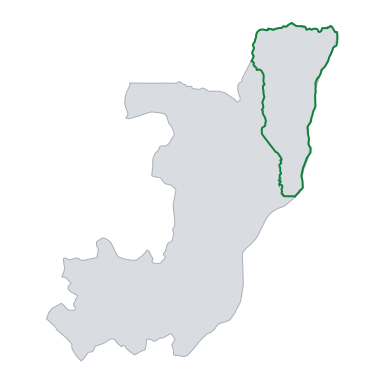 Likouala highlighted on a map of Republic of the Congo
{"feature_id": "COG-2838", "entity_name": "Likouala", "entity_type": "Region", "adm_level": 1, "iso_a3": "COG", "parent_name": "Republic of the Congo", "parent_adm1": "", "projection": "orthographic", "projection_center": [17.352, 1.476], "detail": "fine", "context": "in_parent", "style": "outline", "palette": "green", "viewbox_px": 384, "rotation_deg": 0, "n_neighbors": 0, "source": "natural_earth", "source_scale": "10m", "svg_char_len": 8209}
<svg xmlns="http://www.w3.org/2000/svg" viewBox="0 0 384 384"><path d="M46.5,318.8L48.8,312.8L50.5,310.1L52.6,308.2L60.9,303.5L62.1,303.7L67.9,309.8L69.8,310.3L71.8,310.1L74.2,310.4L75.4,309.2L75.6,307.6L73.8,305.9L73.6,304.0L74.8,301.9L75.5,299.7L77.2,297.0L77.4,295.7L75.5,294.4L71.6,292.3L68.9,290.2L67.9,288.3L68.6,285.8L70.8,283.8L70.6,282.7L68.7,280.9L67.3,279.0L65.9,277.8L62.0,277.0L62.7,274.4L64.2,270.6L64.5,267.7L63.4,260.0L63.5,258.6L64.5,257.9L66.9,258.7L69.2,259.9L75.6,258.2L77.9,258.0L79.7,259.5L82.3,260.6L97.1,257.5L97.3,254.2L98.2,251.2L98.3,249.0L97.7,247.6L96.9,246.5L96.5,244.3L96.5,241.9L97.9,240.8L102.6,237.9L104.0,238.1L107.4,239.6L110.5,242.0L113.2,247.1L115.1,251.5L118.2,256.9L124.6,259.0L132.3,260.4L136.5,260.1L142.5,255.5L145.8,252.0L146.9,250.1L148.9,251.1L151.1,255.8L152.5,257.6L152.9,259.3L151.9,261.4L152.9,262.8L157.0,263.8L160.7,262.9L162.3,261.0L165.0,258.5L165.0,256.4L163.6,255.1L163.6,253.2L165.1,251.8L166.5,247.8L167.0,244.8L168.4,243.0L171.1,241.7L172.1,240.5L173.6,233.6L172.8,231.1L172.8,229.0L174.5,226.4L174.9,222.0L173.1,204.9L175.8,191.1L175.6,189.4L173.6,187.3L171.3,185.3L165.2,183.7L162.9,181.2L161.1,178.5L159.8,177.6L153.2,176.5L151.7,175.0L152.3,170.6L152.9,164.2L152.7,159.7L153.9,156.0L155.2,153.3L158.1,150.5L159.7,147.1L160.5,146.2L166.1,145.7L168.1,144.3L169.7,142.8L170.4,140.9L172.3,137.7L174.0,135.6L174.2,134.1L173.8,132.1L172.2,128.1L170.1,124.7L168.9,123.5L166.5,115.7L164.2,113.8L159.7,112.8L151.4,111.9L146.4,113.3L138.7,116.0L129.0,118.8L126.8,118.5L125.8,117.3L127.2,116.3L128.0,113.9L127.0,110.5L125.6,107.4L124.7,103.0L125.1,97.5L126.6,92.4L129.7,85.7L129.8,83.0L148.4,83.2L168.4,83.1L176.0,83.3L179.7,81.6L183.2,84.2L184.9,84.8L185.5,84.6L186.8,86.5L191.2,86.3L191.9,86.7L192.2,88.9L196.3,88.8L198.3,89.4L199.9,89.3L202.2,88.0L203.9,88.4L207.0,90.1L209.2,91.5L212.2,91.1L219.3,91.3L224.8,92.7L230.3,96.5L233.9,98.7L237.2,102.0L238.4,101.4L240.1,100.1L240.1,97.4L238.3,92.6L237.6,88.6L238.0,85.3L239.4,82.9L241.7,81.5L242.0,78.9L253.1,57.1L252.7,54.6L253.0,50.8L253.5,46.6L253.4,44.1L254.2,42.4L257.1,32.6L258.6,30.9L261.1,29.8L264.6,29.7L273.8,28.9L282.4,27.3L285.3,26.6L290.7,24.0L292.8,23.9L294.6,24.9L305.0,27.9L307.9,29.0L308.9,28.9L310.5,29.1L312.9,29.2L315.3,28.8L316.8,29.1L318.8,31.1L320.1,30.9L321.7,29.5L324.9,28.0L330.9,26.3L331.9,27.1L334.0,30.7L336.2,32.0L336.7,38.7L331.6,53.5L320.8,73.3L315.4,88.9L315.4,100.3L314.8,107.5L313.0,111.9L308.8,123.7L308.1,133.9L309.7,146.3L308.2,158.1L303.8,169.2L301.9,178.0L303.0,188.5L294.8,197.3L284.5,206.0L277.9,208.5L272.7,211.5L269.0,214.8L265.2,220.6L259.0,233.2L255.9,238.7L251.7,243.3L245.5,249.0L243.2,251.7L242.3,255.7L242.7,262.9L243.3,284.8L240.6,301.6L234.6,313.3L230.0,319.8L225.4,321.8L219.5,323.5L216.6,325.8L214.8,329.0L211.5,331.8L206.6,334.2L200.4,340.2L192.9,349.6L187.8,355.0L185.0,356.4L182.1,356.5L179.2,355.4L176.7,355.2L175.5,355.8L173.5,354.4L173.5,352.3L173.2,348.7L171.7,344.9L174.9,339.7L174.7,338.5L173.1,336.6L171.4,333.9L169.7,334.1L166.3,336.1L162.7,337.8L159.3,338.4L155.3,341.0L153.0,341.0L151.7,340.0L148.9,339.0L147.4,339.4L146.6,339.8L145.9,346.2L145.4,348.9L144.4,350.2L140.3,351.5L137.4,353.4L135.0,354.6L133.5,354.3L127.4,349.5L124.2,345.6L122.3,345.5L121.7,346.8L120.8,346.2L117.8,343.6L114.3,339.4L113.0,338.8L111.1,338.9L108.0,340.4L105.0,342.7L99.6,344.9L95.1,346.1L94.7,347.6L93.7,350.2L92.2,351.8L88.2,352.3L86.8,354.5L83.4,359.0L81.1,361.0L80.5,360.1L79.1,359.0L76.2,355.6L73.4,351.3L72.6,349.4L71.9,348.3L71.7,344.0L67.4,338.9L56.8,329.8L55.6,327.1L46.5,318.8Z" fill="#d9dde1" stroke="#a8b0b8" stroke-width="1"/><path d="M336.8,32.0L337.2,33.1L337.5,38.0L337.0,43.6L336.7,44.5L336.6,44.9L336.3,45.6L335.7,46.1L334.4,46.8L333.6,47.3L333.1,48.0L331.8,51.9L331.2,52.8L331.0,53.2L330.9,54.1L330.7,54.5L330.0,55.5L329.1,57.5L328.9,58.0L328.8,59.0L327.8,61.7L324.9,66.7L324.7,67.0L324.3,67.2L322.1,69.3L321.6,69.9L321.3,70.5L320.9,72.8L320.6,73.6L320.3,74.3L319.9,75.0L319.3,76.4L318.9,76.9L318.3,77.1L318.1,77.5L317.2,78.7L316.9,79.1L315.4,83.2L315.4,83.8L315.6,85.0L315.7,86.2L315.5,89.9L315.7,91.7L315.7,92.3L315.6,93.0L315.2,94.2L315.1,94.9L315.4,106.1L315.3,106.9L313.0,111.9L312.8,112.7L312.7,114.1L311.3,118.4L311.1,120.9L310.9,121.6L309.3,124.3L308.4,125.3L307.6,126.8L307.4,127.7L307.8,130.4L307.8,133.4L309.0,138.4L309.0,139.5L308.4,142.5L308.4,143.6L308.7,144.5L309.4,146.4L310.0,146.7L310.4,147.3L310.6,148.1L310.7,148.7L310.5,152.5L310.2,153.1L306.9,157.8L303.8,166.2L303.1,167.5L301.6,174.8L301.4,175.8L301.5,176.7L302.5,180.6L302.8,187.5L302.5,187.9L302.0,188.7L299.5,191.0L299.3,191.3L299.1,191.6L299.1,192.1L299.0,192.3L298.9,192.4L298.4,192.8L297.9,193.3L297.1,193.9L294.9,196.6L294.4,196.3L284.6,196.2L283.9,196.1L283.5,195.9L283.1,195.5L283.0,194.8L283.0,194.5L282.8,194.5L282.5,194.2L282.2,194.0L281.8,193.9L281.6,192.5L281.6,192.1L282.1,191.3L282.0,190.8L281.5,189.2L281.5,188.9L282.3,187.2L282.4,186.3L282.1,185.6L281.6,185.0L280.8,184.5L280.0,184.4L279.6,185.2L279.1,184.3L279.4,183.3L280.7,181.4L280.0,180.9L279.2,180.7L278.9,180.4L280.3,178.7L280.3,178.4L279.7,178.3L279.6,178.0L279.7,175.0L279.9,174.5L280.5,174.3L281.0,173.9L280.9,173.0L280.4,171.6L280.2,170.9L280.2,168.3L280.0,167.5L279.4,165.7L279.4,164.9L279.6,164.4L280.0,164.2L280.4,164.0L280.8,163.7L281.1,163.3L281.2,163.0L281.0,162.6L280.9,161.7L280.4,160.8L280.4,160.4L280.6,160.0L280.9,160.0L281.2,160.1L281.5,159.9L281.6,159.5L281.6,159.2L280.6,157.2L277.8,153.2L277.3,152.6L275.6,151.9L262.7,135.1L262.3,134.4L262.0,133.8L261.8,132.7L261.8,128.8L261.9,128.3L262.1,128.0L262.6,127.5L262.9,127.2L263.2,127.0L264.1,126.6L264.6,126.2L264.9,126.0L265.1,125.7L265.2,125.4L265.3,125.1L265.3,123.1L265.4,122.5L265.6,122.1L265.8,121.8L265.9,121.2L265.8,120.5L264.9,117.1L264.6,116.6L264.3,116.3L264.0,116.0L263.8,115.7L263.6,115.1L262.7,112.8L262.6,112.3L262.7,111.7L262.8,111.3L262.8,110.9L262.7,110.6L262.1,110.2L262.0,109.9L262.1,109.5L262.2,109.2L262.4,108.9L263.0,108.2L263.2,107.9L263.3,107.6L263.3,107.2L262.8,103.9L262.4,103.0L262.3,102.6L262.4,102.1L262.7,101.5L264.2,97.3L264.3,97.0L264.3,96.5L264.0,95.7L263.5,93.7L263.4,93.4L263.4,93.1L263.6,92.3L263.4,90.7L263.2,89.8L262.9,87.4L262.9,86.8L263.0,86.1L263.1,85.8L263.3,85.5L263.5,85.3L264.1,85.1L264.3,84.9L264.4,84.7L264.4,84.4L264.3,83.6L263.9,83.1L263.5,81.9L263.4,80.0L263.7,77.5L263.6,76.3L263.6,75.3L263.6,74.9L263.4,74.3L261.5,71.0L261.3,70.7L261.0,70.4L260.3,70.0L258.9,69.5L258.6,69.5L258.3,69.6L257.4,70.0L257.1,70.0L256.9,70.0L256.7,69.9L256.6,69.7L256.6,68.6L256.5,68.3L256.3,67.9L254.9,66.4L254.6,66.1L254.3,65.9L254.2,65.9L253.9,65.7L253.7,65.3L253.6,64.6L253.6,64.2L253.8,63.9L253.9,63.5L253.8,63.2L253.5,62.6L253.1,61.9L252.0,61.4L251.5,61.2L252.4,59.3L253.5,56.9L253.7,56.0L253.3,55.3L252.8,54.7L252.3,53.9L252.2,52.2L253.7,49.3L254.0,47.9L253.7,47.1L253.3,46.3L252.9,45.4L253.0,44.5L253.4,43.6L254.8,41.7L255.0,40.9L255.0,39.9L256.0,37.5L256.3,34.2L257.0,32.5L258.1,31.1L259.7,30.0L261.6,29.5L262.5,29.4L263.2,29.5L266.4,30.3L267.2,30.2L268.0,29.9L268.1,29.5L268.0,29.1L268.0,28.8L268.6,28.7L269.0,28.8L269.7,29.1L270.0,29.2L271.1,29.0L271.5,29.1L271.9,29.3L272.2,29.6L272.5,29.8L273.0,29.7L273.3,29.6L273.8,29.7L274.1,29.6L274.4,29.5L274.8,29.1L275.1,28.9L275.8,28.6L276.1,28.6L277.2,28.6L277.7,28.5L278.7,28.1L279.3,28.0L280.8,28.0L281.4,28.0L282.0,27.7L282.4,27.3L282.7,26.9L283.2,26.4L283.8,26.2L284.3,26.3L285.3,26.6L286.7,26.5L287.5,25.8L288.3,24.8L289.8,24.0L290.3,23.7L290.9,23.3L291.5,23.0L292.4,23.2L292.6,23.4L292.7,23.9L292.9,24.0L293.5,24.1L295.1,25.4L296.5,26.0L298.1,26.2L301.2,26.2L301.5,26.2L301.9,26.0L302.2,26.0L302.4,26.1L302.8,26.5L303.1,26.7L303.4,26.7L304.2,26.5L304.5,26.6L305.1,26.9L305.6,27.5L306.0,28.2L306.1,29.0L306.4,29.6L307.0,29.7L307.7,29.5L309.2,28.7L309.4,28.6L309.6,28.7L311.0,29.5L311.3,29.7L311.8,29.6L313.0,29.0L314.4,28.7L315.7,28.7L317.0,29.1L317.7,29.8L318.2,31.3L318.7,31.9L319.6,32.0L320.4,31.6L321.1,31.0L321.5,30.3L321.7,29.9L321.9,28.7L322.2,28.2L322.5,28.1L322.8,28.2L323.2,28.2L326.3,28.0L326.6,28.0L327.0,28.2L327.3,28.2L327.6,27.6L327.7,27.4L328.2,27.3L328.8,27.4L329.2,27.2L329.9,26.5L330.3,26.0L330.8,26.0L331.8,26.8L332.4,27.5L334.0,30.1L334.7,31.5L335.1,32.0L336.8,32.0Z" fill="none" stroke="#15803d" stroke-width="2"/></svg>